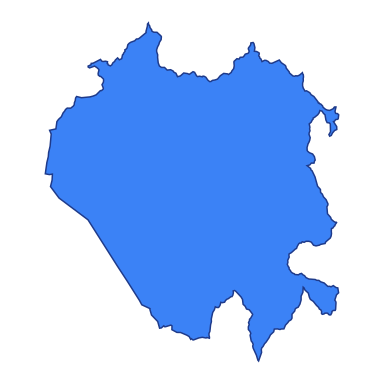 the district of Morropon, Piura, Peru
{"feature_id": "86281439B77649611838615", "entity_name": "Morropon", "entity_type": "district", "adm_level": 2, "iso_a3": "PER", "parent_name": "Peru", "parent_adm1": "Piura", "projection": "natural_earth1", "projection_center": [-79.876, -5.271], "detail": "fine", "context": "isolated", "style": "filled", "palette": "blue", "viewbox_px": 384, "rotation_deg": 0, "n_neighbors": 0, "source": "geoboundaries", "source_scale": "gbopen_adm2", "svg_char_len": 5898}
<svg xmlns="http://www.w3.org/2000/svg" viewBox="0 0 384 384"><path d="M148.4,23.0L147.5,24.0L147.4,26.1L146.0,31.4L146.1,32.6L139.1,38.4L138.1,38.9L136.4,39.0L134.7,40.8L130.6,42.3L128.9,43.5L127.8,44.8L127.1,47.9L126.0,49.2L124.8,49.9L125.1,51.2L123.5,53.3L123.3,54.3L122.5,54.9L121.7,58.7L119.3,59.8L117.6,57.9L115.2,60.2L114.7,61.4L112.9,62.8L111.8,64.9L110.4,65.9L108.2,64.9L107.8,63.7L107.3,63.5L107.5,61.7L105.6,61.2L103.0,61.5L101.7,61.1L100.5,59.4L93.1,63.2L91.2,63.4L91.0,64.7L88.1,66.1L88.2,67.1L89.6,67.9L94.6,66.1L97.0,67.7L98.8,69.4L98.9,70.2L98.1,73.5L98.3,75.1L99.9,76.4L100.7,76.4L103.4,78.9L103.6,80.2L103.4,82.2L102.0,84.7L103.3,88.1L103.2,89.1L101.5,90.6L100.4,90.6L96.2,94.8L93.3,96.0L90.0,96.9L81.5,97.7L76.6,96.5L75.6,98.0L75.2,100.7L74.4,102.7L74.2,104.8L73.2,106.2L70.6,108.2L67.2,108.1L65.5,109.5L64.7,111.0L63.1,112.9L61.4,116.7L58.5,119.4L56.9,121.6L55.9,128.9L49.6,130.3L51.2,134.0L50.1,146.2L48.6,152.6L48.3,156.7L46.9,162.4L45.3,173.8L49.4,174.6L52.4,174.1L52.1,180.1L50.5,186.6L59.1,198.1L88.0,219.8L117.4,266.1L127.1,280.9L139.5,300.5L141.8,304.8L150.0,308.6L149.9,309.5L151.5,315.0L157.7,321.5L159.6,328.2L161.4,327.9L163.8,325.8L164.6,326.7L165.6,326.7L170.9,325.1L172.0,325.9L171.9,329.7L176.9,332.4L180.6,332.5L186.7,335.1L189.1,336.5L190.7,339.3L191.3,338.7L192.9,339.9L193.6,339.9L198.9,337.9L202.3,337.3L206.1,338.0L206.8,337.5L209.4,338.2L209.5,337.2L209.0,335.3L209.0,333.4L209.9,331.3L210.6,324.7L211.4,321.7L211.3,319.0L212.7,312.5L214.4,309.7L215.3,306.8L216.8,307.5L218.4,307.5L219.2,306.8L220.2,304.9L220.8,302.3L222.2,302.7L224.6,302.2L225.5,300.5L227.1,299.1L228.3,298.7L230.9,296.7L232.0,296.6L232.8,295.3L233.4,292.9L233.2,290.9L234.6,290.5L235.8,291.3L241.0,296.9L242.5,299.4L243.1,304.3L245.2,306.3L246.5,309.0L249.3,309.8L252.6,314.2L252.6,314.7L250.7,318.1L249.5,319.3L249.6,320.2L248.5,322.7L249.2,324.4L248.3,326.9L248.4,329.6L249.8,331.2L250.8,333.3L250.1,335.2L251.2,340.9L252.4,342.5L253.2,344.5L252.7,346.0L253.1,348.0L256.4,355.2L257.9,360.2L258.6,361.0L261.6,352.4L261.3,349.7L261.7,348.0L263.1,346.4L264.5,343.8L266.1,342.1L269.0,337.8L270.4,334.9L273.7,331.8L274.3,329.1L277.4,328.9L280.0,329.5L281.2,329.0L283.9,328.9L285.5,325.1L288.0,322.4L288.8,321.1L290.9,319.9L291.5,319.1L292.0,318.1L292.0,314.2L294.7,311.1L295.2,309.0L296.2,308.1L298.2,307.2L299.9,304.2L301.1,300.0L301.1,296.2L302.9,292.3L303.2,287.2L304.1,288.0L305.0,290.1L308.3,293.1L309.4,297.3L310.4,299.4L313.3,301.4L316.5,305.4L318.6,307.4L319.4,309.1L320.7,309.7L321.6,311.4L321.5,313.5L322.0,314.1L322.7,314.3L324.3,313.8L324.8,313.2L326.9,313.1L327.8,313.3L328.6,314.5L329.9,315.0L330.8,314.8L331.9,312.7L331.9,311.5L333.2,310.5L335.2,310.4L335.6,309.4L336.0,302.7L335.7,301.4L334.8,300.2L336.5,294.8L338.6,292.8L337.8,287.9L335.9,287.5L333.3,285.6L331.0,286.8L329.8,286.3L327.8,286.4L324.2,283.0L320.7,281.8L318.9,280.4L316.7,280.3L315.2,279.5L308.8,279.0L306.0,277.6L304.5,275.6L303.2,275.0L301.5,273.4L299.7,273.9L298.5,274.8L294.9,274.5L294.2,273.7L292.5,273.1L290.7,271.5L290.5,270.6L289.2,269.2L289.0,267.3L288.5,267.0L287.3,264.4L287.9,262.4L287.7,260.3L289.2,257.1L288.9,255.0L289.2,253.8L291.3,252.7L295.5,248.9L296.5,248.5L297.3,246.3L298.8,243.7L299.6,243.1L301.4,243.0L302.2,241.8L304.2,242.3L306.0,241.3L308.9,241.3L310.8,241.9L311.5,242.4L313.5,245.2L316.0,245.9L319.6,245.1L320.5,244.4L325.1,243.5L325.5,242.3L326.2,241.5L330.3,238.0L331.1,236.1L331.5,233.7L331.3,231.0L331.5,228.5L332.8,228.1L334.2,226.2L334.9,225.7L335.1,224.7L336.6,222.6L336.4,222.3L335.5,222.3L334.0,221.6L331.3,219.3L330.6,217.3L327.5,213.8L326.9,206.8L327.8,205.2L328.0,204.0L326.1,199.7L323.5,196.9L322.3,194.1L320.6,192.5L320.4,189.4L317.6,186.3L315.0,176.9L312.1,170.8L310.9,169.8L310.6,168.4L307.1,165.7L309.8,164.9L311.3,163.1L314.0,163.1L314.6,160.8L315.2,160.1L314.4,156.6L312.6,154.0L309.4,152.7L307.6,151.2L307.0,150.0L307.2,149.4L307.0,147.8L308.1,143.7L308.8,142.6L309.7,140.3L310.2,137.7L309.0,134.2L309.2,132.7L310.0,130.8L309.6,128.9L309.9,127.2L309.2,123.9L311.2,122.2L312.3,119.9L313.0,119.4L313.2,118.0L314.5,117.4L317.7,114.8L319.1,112.9L319.9,110.5L322.1,111.2L323.4,113.3L325.0,114.8L325.9,120.0L327.1,122.6L329.5,123.0L330.3,124.0L330.5,131.8L328.9,134.6L329.7,136.2L331.3,135.4L332.4,133.1L334.6,130.5L336.8,129.5L336.7,126.6L333.5,121.6L334.5,121.2L335.6,119.6L337.5,119.3L338.2,118.8L338.7,114.8L337.5,113.6L335.7,113.4L335.4,112.8L335.0,111.3L336.0,107.0L335.0,106.9L334.7,107.6L334.2,107.3L333.1,108.8L329.7,110.4L327.4,110.1L325.5,109.3L323.1,107.3L322.5,105.8L320.7,104.0L319.5,103.7L319.2,103.0L318.6,103.1L318.1,102.7L318.1,102.0L313.9,96.5L311.1,94.7L309.8,92.7L306.5,90.8L305.0,91.1L303.3,88.2L302.6,85.9L302.6,83.2L303.3,80.8L303.2,78.5L303.5,77.0L303.3,74.7L302.6,73.7L302.4,72.7L299.5,75.1L298.1,75.7L297.1,76.0L295.9,75.7L294.6,76.2L293.0,76.0L289.5,73.0L289.2,71.9L286.2,68.1L285.8,66.2L285.1,65.3L281.3,62.7L279.3,60.0L272.0,63.3L269.6,63.1L268.4,61.6L266.1,60.4L264.6,60.3L262.0,61.6L260.9,58.9L260.0,58.4L259.6,56.9L258.7,55.8L259.3,53.8L259.0,52.8L256.6,51.5L254.4,51.3L254.9,47.6L253.9,43.5L253.1,42.5L250.9,42.9L250.6,45.0L248.5,47.9L248.3,48.9L249.2,51.1L248.6,52.8L247.9,53.4L245.3,54.1L243.6,56.6L242.7,57.2L240.2,57.3L239.0,59.1L236.9,58.7L234.1,61.3L233.9,62.0L234.2,65.9L233.7,68.6L231.7,71.2L231.3,72.4L228.5,74.5L227.6,73.9L223.7,73.4L220.3,75.7L217.5,79.1L214.9,80.0L212.4,80.4L210.9,81.5L209.7,81.6L207.9,80.2L205.9,77.3L204.4,76.4L203.0,76.1L202.3,76.8L199.5,76.2L197.6,76.6L196.6,75.9L194.6,72.3L193.0,71.7L189.2,74.4L187.6,73.6L183.7,73.0L180.4,75.9L177.5,76.7L176.0,73.3L173.8,72.1L173.1,71.0L170.6,69.7L167.2,70.1L164.5,67.4L161.4,67.4L159.4,66.0L158.2,62.8L157.6,57.4L157.7,54.8L156.7,51.9L156.6,49.9L157.6,46.8L158.8,44.6L159.5,42.2L161.1,39.7L161.4,36.8L161.1,36.1L157.0,32.3L153.6,32.2L151.7,30.9L151.7,29.9L149.9,27.4L149.8,26.1L148.5,24.2L148.4,23.0Z" fill="#3b82f6" stroke="#1e3a8a" stroke-width="1.5"/></svg>